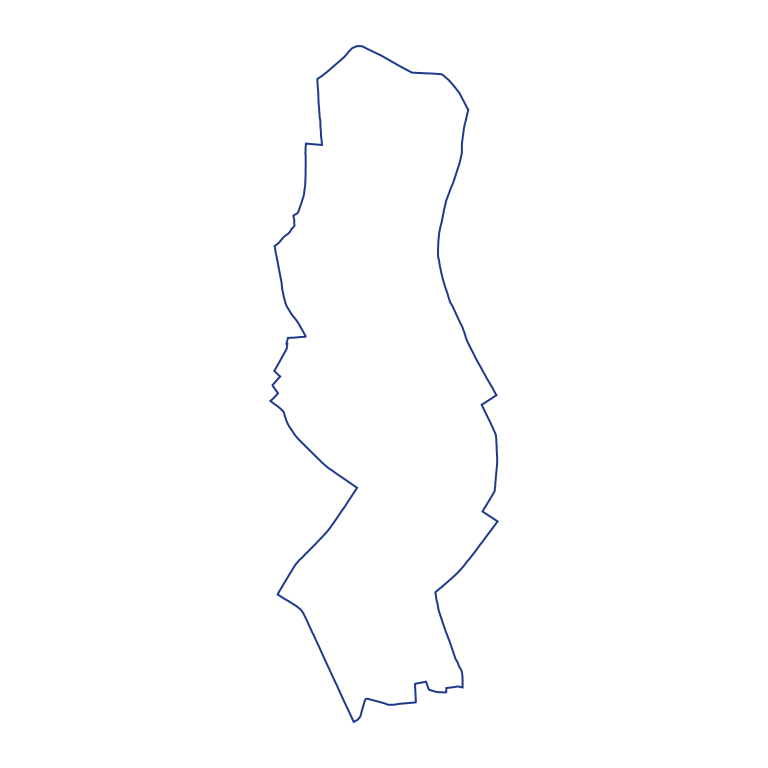 outline of Sai Noi, Nonthaburi, Thailand
{"feature_id": "78962969B41113912709899", "entity_name": "Sai Noi", "entity_type": "district", "adm_level": 2, "iso_a3": "THA", "parent_name": "Thailand", "parent_adm1": "Nonthaburi", "projection": "mercator", "projection_center": [100.322, 14.005], "detail": "fine", "context": "isolated", "style": "outline", "palette": "blue", "viewbox_px": 768, "rotation_deg": 0, "n_neighbors": 0, "source": "geoboundaries", "source_scale": "gbopen_adm2", "svg_char_len": 6034}
<svg xmlns="http://www.w3.org/2000/svg" viewBox="0 0 768 768"><path d="M496.5,395.2L495.6,393.8L493.6,390.2L492.7,388.2L492.1,387.2L491.4,386.2L490.9,385.3L490.0,383.8L488.3,380.8L487.1,378.9L484.7,374.4L483.8,372.9L481.4,368.4L476.6,359.9L475.0,356.8L474.0,354.6L472.6,351.9L471.2,349.3L469.8,346.4L469.2,345.2L468.6,344.1L467.3,341.3L466.8,340.3L466.2,338.3L465.7,337.2L465.5,336.2L464.3,332.3L463.5,330.4L462.9,328.5L462.2,326.8L458.4,319.0L456.4,314.7L454.9,311.3L452.5,306.2L451.9,305.1L450.6,303.0L450.2,302.3L449.8,301.1L448.2,296.2L447.5,293.7L446.1,289.6L445.2,287.2L443.8,282.4L442.7,278.7L442.0,275.4L441.6,274.2L441.1,272.0L440.5,268.6L440.0,266.7L439.2,262.1L439.1,260.7L438.5,258.5L438.3,257.5L438.2,256.4L438.0,255.5L438.1,254.5L438.0,251.7L438.1,249.5L438.1,248.8L438.1,248.2L438.2,245.1L438.3,243.7L438.3,242.4L439.1,233.7L439.3,232.3L439.9,229.3L440.4,226.9L441.5,222.7L442.2,219.4L443.7,211.7L444.5,207.9L444.7,207.0L445.5,203.8L446.1,200.9L449.2,192.7L450.7,188.5L452.5,184.4L453.0,183.2L455.0,177.3L456.3,173.1L459.2,164.3L459.7,162.7L459.9,161.9L460.3,160.0L460.7,158.2L460.9,157.1L461.4,155.3L461.6,154.4L461.8,153.0L461.9,151.2L461.9,144.6L462.0,143.2L462.5,139.0L463.1,135.0L463.5,131.7L463.8,129.1L465.0,123.2L465.6,121.2L468.2,110.0L468.2,109.7L468.1,109.1L467.6,108.8L459.5,93.2L454.0,86.1L448.5,79.8L445.7,77.5L443.2,75.2L441.7,74.3L441.0,74.2L434.6,73.7L417.0,72.9L411.9,72.6L400.2,66.4L381.3,55.6L366.1,48.3L364.1,47.2L361.4,46.1L359.6,46.1L358.1,46.1L356.6,46.2L355.6,46.8L354.7,47.2L353.6,47.5L351.9,48.4L348.7,51.7L344.7,56.6L342.2,58.8L335.8,64.4L326.2,72.6L323.2,75.0L321.1,76.5L317.3,79.1L317.8,87.8L318.1,90.3L318.3,93.8L318.5,101.5L318.8,105.6L318.9,106.7L319.1,107.8L319.2,111.3L319.4,112.9L319.5,114.0L319.6,116.6L320.4,121.8L320.4,125.3L320.4,126.5L320.6,128.7L320.9,131.2L320.9,132.9L320.9,133.8L321.1,136.7L321.6,140.1L322.0,144.9L318.4,144.7L314.0,144.3L305.9,143.6L305.8,146.0L305.6,147.4L305.5,148.5L305.6,150.4L305.6,151.0L305.4,152.7L305.4,154.0L305.7,155.4L305.6,157.6L305.7,164.7L305.7,167.3L305.6,168.3L305.6,170.8L305.6,174.1L305.5,177.5L305.4,179.5L305.2,185.0L305.2,185.6L304.5,189.6L304.3,192.0L304.1,193.3L304.0,194.1L303.6,195.9L303.2,197.7L302.5,199.3L302.0,201.2L301.1,204.0L300.2,206.3L298.6,211.1L298.3,211.9L297.5,213.0L296.9,213.6L296.4,213.9L296.0,214.1L294.9,214.6L294.2,215.0L293.7,215.4L293.5,215.6L293.5,215.8L293.5,216.2L293.7,217.6L293.9,218.6L294.2,219.4L294.3,220.0L294.2,223.7L294.5,225.1L294.4,225.7L294.3,226.1L293.7,226.8L293.1,227.4L292.5,227.9L291.5,229.2L291.2,229.6L291.1,229.8L290.7,230.8L289.4,232.5L288.2,233.7L286.2,235.1L284.0,236.8L283.0,237.8L279.7,241.8L278.3,243.3L277.4,244.0L274.6,246.1L274.9,247.4L275.4,251.0L275.7,252.2L275.9,253.7L276.3,255.2L277.2,259.6L278.2,265.0L280.4,276.7L281.6,283.0L282.2,288.9L283.8,296.8L285.5,303.0L286.2,305.1L287.4,307.4L292.0,314.9L294.8,318.3L296.5,320.5L298.4,323.3L302.4,330.3L305.6,336.2L305.5,336.6L305.3,336.8L301.0,337.0L297.8,337.3L294.7,337.6L288.0,337.9L286.9,341.9L286.4,343.8L286.5,343.9L287.3,343.7L287.4,343.8L286.6,349.1L286.5,349.3L286.3,349.4L278.3,364.0L274.3,370.9L276.8,373.3L278.4,374.9L280.2,376.5L279.9,377.0L279.2,377.6L272.6,385.0L272.5,385.5L275.5,389.8L278.0,393.3L275.3,396.3L273.0,398.7L270.4,401.0L274.9,404.4L276.7,405.6L277.8,406.5L279.0,407.4L280.4,408.6L281.7,409.8L283.2,411.4L283.8,412.2L284.0,412.6L284.4,414.3L284.8,416.1L285.3,417.3L286.3,420.4L287.4,423.0L287.8,424.0L289.7,427.3L292.5,431.3L293.9,433.5L295.1,435.3L296.7,437.2L298.6,439.3L300.8,441.6L302.5,443.3L303.5,444.1L305.3,446.1L311.9,452.5L313.1,453.8L316.8,457.4L321.0,461.5L324.6,464.9L328.1,467.8L328.4,468.1L331.9,470.4L333.4,471.4L337.3,474.3L343.2,478.2L357.1,487.8L347.9,501.8L344.7,506.8L341.3,511.5L338.6,515.6L335.8,519.7L333.5,523.0L331.6,525.6L329.9,528.1L328.1,530.4L326.2,532.6L324.1,534.9L316.5,542.9L315.0,544.6L310.2,549.3L307.0,552.6L304.6,554.9L302.9,556.8L301.6,558.1L301.0,558.6L299.0,560.4L297.6,562.1L296.2,563.8L294.6,566.0L293.7,567.4L292.0,570.3L290.2,573.1L287.3,578.0L286.6,579.2L283.6,584.1L278.8,592.2L277.7,594.5L283.4,598.2L285.0,599.1L286.9,600.2L288.3,601.0L290.8,602.6L294.3,604.8L296.7,606.3L299.7,608.8L300.5,609.5L301.2,610.2L301.7,610.8L303.5,613.6L306.9,620.5L308.8,624.9L310.3,628.0L311.4,630.3L311.9,631.7L313.7,635.2L316.5,641.3L318.3,645.1L321.3,651.7L323.9,657.6L327.4,665.1L335.9,683.5L336.6,684.7L339.3,691.0L342.7,698.3L344.7,702.7L347.3,708.0L349.8,713.4L352.0,718.2L353.7,721.9L356.0,720.7L357.2,720.0L357.9,719.6L359.5,717.6L360.5,716.1L362.3,709.2L364.8,700.8L365.6,699.1L366.2,698.8L367.6,698.8L377.5,701.4L384.1,703.2L388.0,704.7L389.0,704.8L394.0,704.7L399.9,703.8L415.7,702.4L415.9,701.8L415.4,692.3L415.2,688.3L415.0,684.0L416.1,683.6L426.0,681.7L427.6,686.2L428.9,689.6L429.1,689.8L436.6,692.0L442.9,692.4L446.2,692.3L446.3,688.1L450.7,687.5L451.5,687.4L451.9,687.4L452.4,687.4L456.3,686.7L457.9,686.5L458.5,686.5L458.8,686.5L460.2,687.0L462.6,687.4L462.6,684.5L462.5,677.1L462.2,674.1L461.8,671.8L461.7,670.9L460.1,668.2L458.3,664.7L458.1,663.4L456.2,660.0L455.7,659.3L455.5,658.8L449.7,641.8L445.3,630.2L440.6,616.3L438.6,610.0L437.4,603.4L436.5,599.9L435.6,594.0L435.4,592.2L438.0,590.1L440.1,588.2L440.5,587.9L441.3,587.5L441.6,587.2L442.0,586.9L442.2,586.5L445.9,583.4L453.1,577.0L456.2,574.2L458.6,571.7L460.7,569.5L462.9,567.0L467.0,561.8L467.5,561.1L468.0,560.4L468.8,559.7L469.9,558.4L471.1,556.8L471.9,555.7L473.2,554.1L475.6,550.9L480.6,544.1L483.0,541.1L484.2,539.4L487.2,535.3L489.8,531.9L497.6,521.4L482.5,511.5L484.8,507.6L489.6,499.8L493.1,493.8L494.3,491.8L494.6,491.4L494.8,489.6L495.2,486.0L495.3,484.8L495.3,483.3L495.5,481.4L495.6,480.4L495.7,479.5L495.9,476.8L496.1,474.5L497.0,465.2L497.1,463.3L497.2,458.2L496.7,450.0L496.6,444.7L496.3,441.6L496.3,439.3L495.9,435.9L495.8,435.0L495.5,433.9L495.1,432.9L494.1,430.9L493.6,429.8L493.2,428.8L492.6,427.3L491.8,425.7L490.2,422.2L489.0,419.7L487.9,417.6L487.0,415.7L484.4,410.5L481.7,404.7L484.0,403.3L495.0,396.2L496.5,395.2Z" fill="none" stroke="#1e3a8a" stroke-width="2"/></svg>